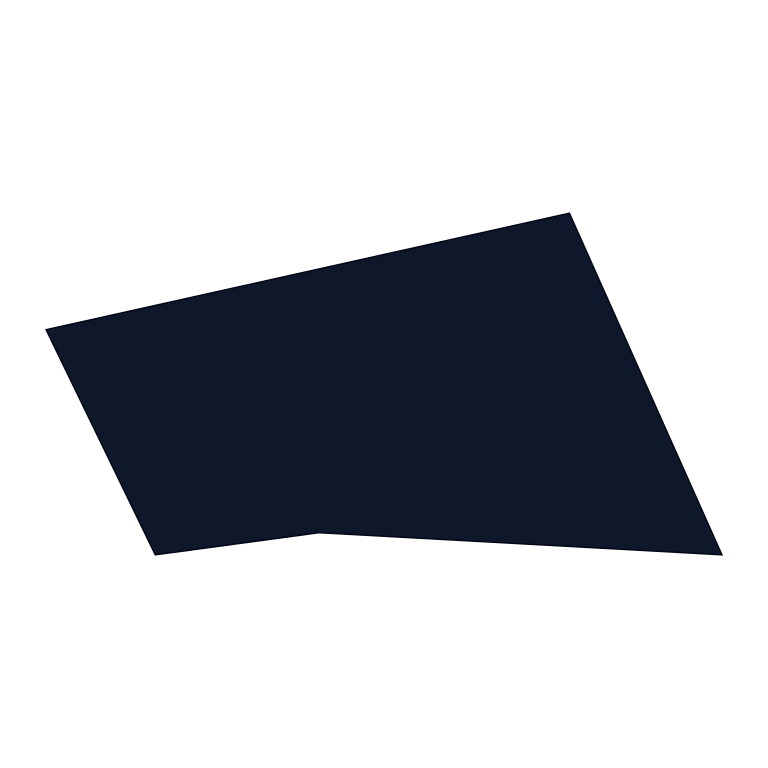 outline of Wong Tai Sin
{"feature_id": "HKG-5160", "entity_name": "Wong Tai Sin", "entity_type": "state/province", "adm_level": 1, "iso_a3": "HKG", "parent_name": "Hong Kong S.A.R.", "parent_adm1": "", "projection": "mercator", "projection_center": [114.206, 22.344], "detail": "fine", "context": "isolated", "style": "filled", "palette": "ink", "viewbox_px": 768, "rotation_deg": 0, "n_neighbors": 0, "source": "natural_earth", "source_scale": "10m", "svg_char_len": 203}
<svg xmlns="http://www.w3.org/2000/svg" viewBox="0 0 768 768"><path d="M155.3,554.8L46.1,329.7L569.4,213.2L721.9,554.8L318.9,532.7L155.3,554.8Z" fill="#0f172a" stroke="#020617" stroke-width="1.5"/></svg>